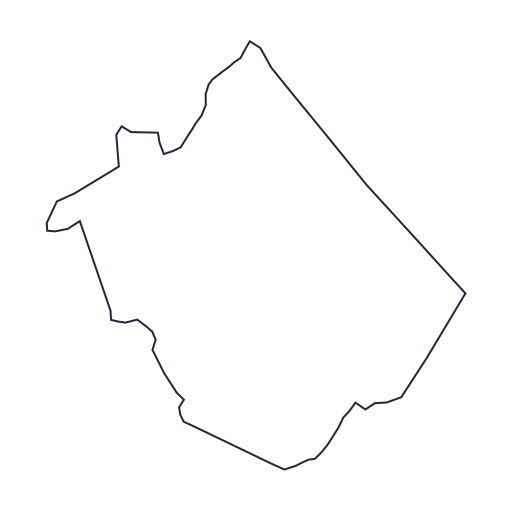 Amaraji, Pernambuco, Brazil (Mercator projection), rotated 357°
{"feature_id": "56859067B36285576178604", "entity_name": "Amaraji", "entity_type": "district", "adm_level": 2, "iso_a3": "BRA", "parent_name": "Brazil", "parent_adm1": "Pernambuco", "projection": "mercator", "projection_center": [-35.48, -8.359], "detail": "fine", "context": "isolated", "style": "outline", "palette": "slate", "viewbox_px": 512, "rotation_deg": 357, "n_neighbors": 0, "source": "geoboundaries", "source_scale": "gbopen_adm2", "svg_char_len": 1058}
<svg xmlns="http://www.w3.org/2000/svg" viewBox="0 0 512 512"><g transform="rotate(357 256 256)"><path d="M271.3,48.6L261.1,41.3L257.4,46.8L250.9,57.5L244.6,61.2L238.9,65.7L231.6,70.5L221.8,77.3L217.6,82.4L214.2,91.7L213.8,102.4L209.1,112.7L202.6,120.4L198.7,126.4L194.9,131.5L186.4,143.6L178.9,146.7L169.3,149.4L165.6,137.8L164.5,127.7L137.7,125.7L128.6,119.5L122.8,127.7L123.7,159.5L78.4,183.8L60.0,191.1L48.8,211.9L48.8,219.8L56.7,220.9L69.6,219.0L81.9,211.9L107.9,303.2L107.9,312.2L114.7,314.2L122.1,315.7L134.1,313.3L143.3,321.1L148.4,326.1L151.4,334.3L147.7,344.3L158.2,368.3L169.7,388.4L176.5,395.7L171.3,403.0L172.0,410.2L175.1,417.7L182.3,421.4L261.1,464.5L273.1,470.7L284.8,467.6L291.8,464.5L298.0,462.1L304.2,461.7L311.7,454.9L317.6,448.2L322.7,441.1L329.6,431.3L334.7,421.9L340.5,416.4L347.7,407.7L357.2,415.0L367.0,409.2L379.0,409.1L393.7,404.6L421.0,367.0L463.2,304.3L452.2,291.0L416.2,246.8L394.6,220.5L370.3,191.0L332.4,138.8L326.8,131.2L305.6,102.4L298.8,93.1L281.0,68.5L271.3,48.6Z" fill="none" stroke="#1e293b" stroke-width="2"/></g></svg>